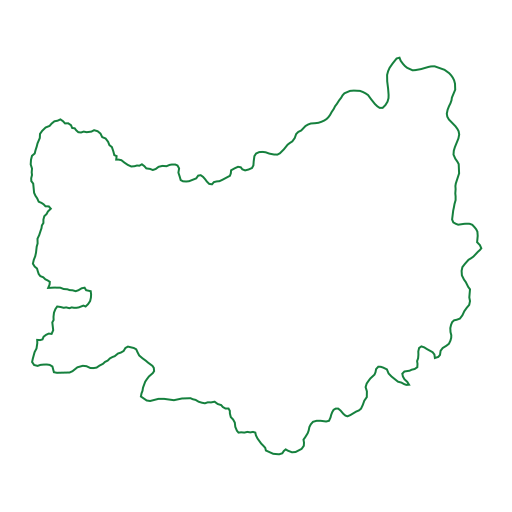 the district of Abaeté, Minas Gerais, Brazil
{"feature_id": "56859067B88957434104032", "entity_name": "Abaeté", "entity_type": "district", "adm_level": 2, "iso_a3": "BRA", "parent_name": "Brazil", "parent_adm1": "Minas Gerais", "projection": "robinson", "projection_center": [-45.377, -19.097], "detail": "fine", "context": "isolated", "style": "outline", "palette": "green", "viewbox_px": 512, "rotation_deg": 0, "n_neighbors": 0, "source": "geoboundaries", "source_scale": "gbopen_adm2", "svg_char_len": 5954}
<svg xmlns="http://www.w3.org/2000/svg" viewBox="0 0 512 512"><path d="M434.9,358.0L438.3,356.9L440.0,354.9L440.6,350.8L442.7,348.0L446.3,345.8L448.9,343.8L450.4,340.7L451.2,337.8L451.3,335.2L450.5,332.1L450.3,328.1L451.1,324.7L452.2,322.1L454.1,320.3L456.6,319.8L459.9,318.6L462.4,315.3L464.3,311.2L466.8,307.7L469.2,304.9L470.0,301.1L469.3,297.4L470.0,289.3L468.2,286.9L465.8,282.1L464.0,279.6L461.9,275.4L461.6,270.9L462.4,267.1L464.8,264.0L468.5,259.8L471.0,258.3L473.4,256.6L477.9,251.8L479.8,250.1L481.3,248.3L479.9,245.1L477.1,242.2L477.7,235.9L477.4,231.7L476.2,229.3L474.7,227.4L472.3,224.8L469.7,223.8L467.4,223.7L464.4,223.8L458.2,224.7L455.8,223.8L453.3,222.4L452.1,219.5L453.2,210.6L453.9,207.4L454.5,204.0L455.6,200.1L455.6,196.4L455.3,193.4L455.6,189.2L455.4,186.0L455.8,183.5L459.1,173.4L458.7,164.1L457.4,161.7L455.3,158.7L453.5,154.6L453.8,150.7L454.9,147.1L458.4,138.5L459.2,134.5L458.6,131.2L457.3,128.8L455.4,126.2L448.9,119.5L447.3,116.7L446.8,113.7L447.6,109.8L449.0,106.2L450.4,103.4L451.5,100.3L451.9,97.6L455.2,89.7L455.0,83.7L454.1,80.3L452.8,77.7L451.2,75.4L449.2,73.2L444.5,69.8L434.6,66.3L431.1,66.4L428.6,66.9L421.0,69.1L415.4,70.1L412.6,70.3L407.1,67.8L404.9,66.0L403.0,63.9L400.7,60.8L399.5,57.7L396.6,58.5L392.6,63.5L389.6,67.8L388.1,71.2L387.1,74.9L387.2,81.3L388.1,88.6L388.6,94.9L388.5,98.2L387.5,101.7L385.4,105.1L382.6,107.9L379.7,107.9L377.3,106.3L374.9,104.0L371.0,99.1L368.1,95.1L365.6,93.4L362.9,92.0L360.0,90.9L353.8,90.6L350.0,90.9L344.4,93.3L342.5,95.4L341.2,97.7L339.1,100.4L336.8,104.0L335.1,106.2L333.7,109.0L331.6,112.1L330.1,114.9L328.4,117.2L326.6,119.0L324.3,120.5L321.4,121.8L318.4,122.8L315.1,123.2L310.8,123.5L308.1,124.5L305.5,126.0L301.2,130.5L298.3,131.9L296.2,134.0L294.7,138.1L292.3,141.4L289.8,143.0L287.6,144.7L283.9,149.3L279.9,153.3L277.4,154.6L273.9,154.5L269.3,153.6L265.7,152.3L262.7,151.9L259.2,152.1L256.1,153.5L254.4,156.1L253.7,161.3L253.4,165.4L252.0,168.0L248.6,169.5L245.1,170.4L242.3,169.3L240.8,167.3L238.0,166.8L234.7,168.3L231.1,170.3L230.8,173.4L229.9,175.8L222.4,179.8L219.4,181.2L216.8,181.4L213.9,182.1L212.0,184.3L209.2,183.9L206.8,181.5L205.2,179.3L203.1,176.9L200.7,175.2L198.2,175.6L196.2,178.4L189.1,181.2L186.3,181.5L183.0,181.3L180.7,180.1L179.7,176.6L178.4,172.6L179.1,168.4L177.5,165.5L175.2,164.5L172.0,164.5L169.6,164.9L166.5,166.2L162.4,165.9L158.6,166.8L155.7,169.0L152.8,170.0L150.0,168.9L146.3,168.4L144.4,166.2L141.9,164.3L139.4,165.7L137.0,165.5L134.6,166.2L131.3,166.5L127.8,164.9L124.4,162.6L121.4,160.2L118.6,159.6L116.2,159.6L116.6,156.1L114.3,155.1L113.4,151.6L111.9,147.1L109.4,145.1L108.1,141.8L105.6,138.5L102.2,137.1L100.5,133.6L97.6,131.2L94.1,130.2L91.4,131.6L86.7,132.2L83.7,131.6L81.0,132.5L78.3,132.2L76.2,130.3L74.7,128.3L72.2,128.0L71.0,125.2L68.2,123.3L65.0,123.4L63.0,121.2L60.4,119.4L57.6,120.7L54.4,121.3L51.6,123.6L49.6,125.9L45.6,127.5L42.2,130.8L40.0,133.9L39.8,138.0L37.5,143.4L36.7,146.6L35.5,150.3L34.7,153.5L32.0,155.8L31.0,159.7L30.7,164.4L32.0,168.6L31.7,172.3L32.0,175.0L31.2,178.2L31.3,181.1L33.2,183.6L34.1,192.8L35.4,195.7L37.2,198.4L38.7,201.7L41.5,202.9L43.6,204.3L45.5,206.3L48.8,206.4L50.8,208.7L47.9,211.5L46.6,214.0L44.3,216.2L43.4,219.6L43.4,223.0L41.9,225.4L41.5,228.2L40.5,231.1L39.2,235.1L37.5,238.7L37.6,243.5L36.7,246.6L36.0,252.7L35.2,256.3L33.8,259.8L32.9,263.7L34.7,266.6L37.0,268.5L37.8,271.3L38.7,274.0L40.3,276.1L43.3,277.3L45.3,279.3L47.6,280.4L49.8,281.8L49.6,284.5L48.2,287.9L54.1,287.6L60.3,287.7L63.6,289.0L67.4,289.3L69.6,290.1L72.6,290.3L75.7,291.2L78.5,290.2L81.6,288.3L84.6,287.7L86.1,290.2L90.7,291.2L91.1,294.5L90.9,297.7L90.1,301.1L88.0,304.2L85.6,306.5L83.4,305.6L78.8,307.4L76.4,307.8L74.0,307.8L71.7,307.4L69.4,308.2L66.2,307.4L63.7,307.8L60.6,307.0L57.2,306.5L55.4,309.1L54.0,312.6L53.5,316.8L53.6,320.0L52.3,322.4L53.2,330.2L51.6,333.9L48.7,333.6L46.1,334.8L43.6,336.7L42.5,339.4L40.2,340.1L37.2,339.9L37.3,343.1L36.5,348.5L34.6,352.1L32.8,358.7L32.1,362.0L34.1,365.0L37.6,365.9L40.4,364.9L43.4,364.6L46.7,364.5L49.7,364.9L52.4,366.5L53.9,372.2L56.9,372.8L69.6,372.5L72.5,371.2L77.4,367.3L82.8,365.8L86.5,366.2L90.3,368.0L93.4,368.1L96.6,367.6L99.5,365.6L103.0,363.8L105.0,361.9L107.7,360.6L109.9,358.4L112.5,357.0L114.7,356.2L118.0,353.5L120.8,352.6L123.6,351.0L125.4,348.0L127.9,346.6L133.8,348.0L136.2,349.3L137.5,352.2L139.2,355.5L142.5,358.3L145.8,360.7L148.0,362.6L152.5,365.9L153.8,367.9L154.1,371.1L152.8,373.1L148.9,376.5L146.8,379.3L145.2,381.7L143.0,387.7L142.5,390.8L141.5,393.4L140.9,396.5L146.7,400.5L150.1,401.0L158.3,398.9L164.4,398.9L173.9,400.2L181.9,398.5L190.5,398.2L192.7,399.2L195.6,399.9L198.6,401.7L201.8,402.7L204.9,403.3L207.8,402.3L211.1,402.4L214.6,401.7L217.7,404.0L221.2,405.1L222.8,407.0L225.4,408.5L228.5,408.5L229.8,410.8L229.9,413.5L230.8,417.1L233.1,419.5L234.8,422.6L235.3,426.9L236.9,430.7L238.5,432.6L241.3,432.3L244.3,432.6L247.4,431.9L250.3,432.4L253.0,431.9L255.3,432.6L255.9,435.3L257.5,438.5L261.2,443.6L263.2,445.6L265.2,447.8L265.9,450.5L273.2,453.8L279.1,454.3L282.3,453.3L283.8,451.0L285.7,449.4L287.7,450.6L292.0,452.3L295.6,452.0L301.6,448.9L303.8,445.8L304.0,442.7L303.5,439.6L305.1,437.4L307.7,433.2L308.7,430.4L309.4,427.0L310.8,424.3L313.0,421.8L316.6,420.8L320.7,420.8L326.1,421.5L329.0,420.8L330.5,417.5L331.2,414.8L332.2,412.2L333.6,409.8L335.7,408.6L338.2,408.6L340.6,410.6L343.3,413.8L345.4,415.6L347.5,416.3L350.3,415.1L356.3,411.5L358.8,410.5L361.0,408.7L362.8,404.9L364.3,400.7L366.8,397.1L366.9,391.4L365.6,387.1L366.7,383.5L368.8,380.5L370.3,378.5L374.5,374.6L375.5,372.2L376.1,369.1L378.3,366.7L380.8,366.8L383.2,367.6L386.9,369.4L388.6,373.5L391.5,376.5L398.0,381.7L401.4,382.6L404.1,384.1L406.4,384.9L409.0,384.7L407.3,381.9L404.5,379.3L402.9,376.5L402.3,373.7L404.4,371.5L409.6,370.7L411.7,369.7L414.7,369.0L417.3,367.2L417.5,363.9L417.1,361.1L418.1,358.3L418.4,354.7L418.3,351.4L419.1,348.0L421.4,346.4L424.3,347.4L426.8,349.0L432.6,352.2L434.4,354.5L434.9,358.0Z" fill="none" stroke="#15803d" stroke-width="2"/></svg>